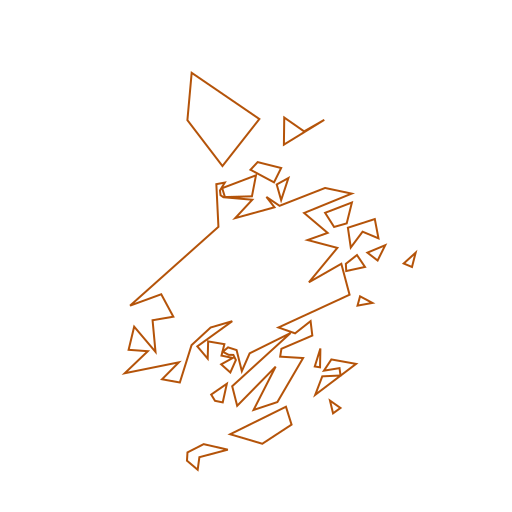 Cat Hai, Quảng Ninh, Vietnam, rotated 76°
{"feature_id": "81297802B5756602808944", "entity_name": "Cat Hai", "entity_type": "district", "adm_level": 2, "iso_a3": "VNM", "parent_name": "Vietnam", "parent_adm1": "Quảng Ninh", "projection": "equal_earth", "projection_center": [107.044, 20.763], "detail": "medium", "context": "isolated", "style": "outline", "palette": "amber", "viewbox_px": 512, "rotation_deg": 76, "n_neighbors": 0, "source": "geoboundaries", "source_scale": "gbopen_adm2", "svg_char_len": 1980}
<svg xmlns="http://www.w3.org/2000/svg" viewBox="0 0 512 512"><g transform="rotate(76 256 256)"><path d="M218.6,148.1L206.7,172.5L213.0,221.0L201.2,231.6L213.2,226.3L214.2,267.0L200.5,246.0L191.1,273.4L188.4,275.7L183.7,275.1L177.2,268.5L176.7,277.1L218.6,285.4L273.7,390.2L270.2,357.2L294.9,350.9L293.3,371.9L324.7,376.7L295.1,391.3L316.2,402.3L322.2,384.0L338.0,411.7L340.5,356.6L352.9,377.0L360.3,360.5L326.9,340.1L314.4,317.3L313.5,294.8L329.5,334.8L343.9,327.7L327.3,323.1L333.9,308.0L344.3,313.6L349.3,303.2L352.7,316.0L362.8,309.1L352.1,300.7L346.5,301.9L345.3,306.4L340.9,311.4L337.9,305.2L342.6,297.6L364.3,297.6L348.9,285.7L339.1,241.1L376.6,310.6L396.8,310.5L368.1,263.7L404.8,295.6L402.9,270.6L366.4,235.0L359.5,256.9L352.2,253.8L346.8,220.6L332.4,218.8L340.5,236.8L330.8,251.5L316.2,174.6L284.2,175.1L294.3,211.0L267.8,175.1L253.0,202.1L250.9,180.9L225.9,198.9L218.6,148.1ZM62.7,274.1L107.6,289.7L160.6,266.8L123.9,219.6L62.7,274.1ZM428.2,262.3L409.5,263.4L422.7,324.2L439.7,295.3L428.2,262.3ZM154.7,202.0L140.4,156.8L146.7,179.2L128.5,195.1L154.7,202.0ZM197.1,245.5L177.7,236.5L182.0,272.4L191.3,271.9L197.1,245.5ZM437.5,359.6L437.1,330.2L425.9,352.3L430.0,370.0L437.9,372.5L449.3,364.3L437.5,359.6ZM405.0,232.1L384.9,185.0L374.6,207.9L383.7,217.8L385.0,202.1L392.4,202.9L388.8,220.8L405.0,232.1ZM188.9,220.7L176.7,210.3L165.3,231.7L171.0,240.5L188.9,220.7ZM268.5,132.9L248.9,131.8L250.8,160.0L270.7,162.0L258.2,146.7L268.5,132.9ZM227.3,150.0L230.8,178.5L246.7,173.2L246.3,160.1L227.3,150.0ZM207.9,218.1L188.2,205.7L191.6,218.6L207.9,218.1ZM372.9,315.2L379.6,333.0L386.6,330.8L390.0,323.7L372.9,315.2ZM289.8,139.1L276.8,128.0L279.7,147.1L289.8,139.1ZM304.4,107.3L291.4,100.3L299.0,114.5L304.4,107.3ZM379.5,220.8L361.3,215.9L377.4,225.7L379.5,220.8ZM293.0,152.9L279.5,157.8L285.3,170.7L292.4,172.1L293.0,152.9ZM329.7,154.4L320.3,164.8L328.7,169.5L329.7,154.4ZM423.9,210.8L414.2,219.2L427.3,219.3L423.9,210.8Z" fill="none" stroke="#b45309" stroke-width="2"/></g></svg>